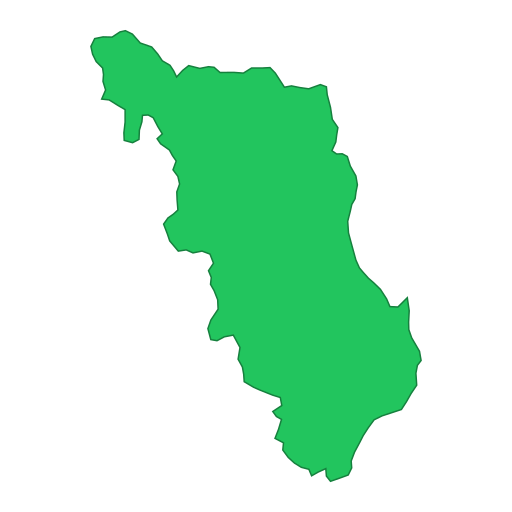 outline of Campina do Monte Alegre, São Paulo, Brazil
{"feature_id": "56859067B72444966760519", "entity_name": "Campina do Monte Alegre", "entity_type": "district", "adm_level": 2, "iso_a3": "BRA", "parent_name": "Brazil", "parent_adm1": "São Paulo", "projection": "robinson", "projection_center": [-48.452, -23.612], "detail": "fine", "context": "isolated", "style": "filled", "palette": "green", "viewbox_px": 512, "rotation_deg": 0, "n_neighbors": 0, "source": "geoboundaries", "source_scale": "gbopen_adm2", "svg_char_len": 2114}
<svg xmlns="http://www.w3.org/2000/svg" viewBox="0 0 512 512"><path d="M101.7,99.1L109.1,99.9L117.9,105.4L125.1,109.6L125.1,122.2L123.9,132.8L124.2,140.4L132.6,142.7L139.0,139.4L139.4,130.1L141.9,121.8L142.5,115.3L148.2,115.0L153.2,117.7L157.9,126.7L162.3,133.9L157.1,138.7L160.6,143.8L169.4,150.0L172.4,155.5L176.2,161.0L173.0,169.8L177.9,176.4L179.6,184.0L176.8,191.9L177.1,200.0L177.9,210.0L173.3,214.2L168.0,217.9L163.6,224.1L167.4,234.0L169.7,240.9L178.3,251.1L186.2,249.9L193.0,252.9L202.0,251.1L210.0,254.1L213.5,263.2L208.5,270.7L211.3,277.5L210.5,284.3L214.1,290.6L217.7,299.8L218.1,309.2L210.9,320.0L207.9,328.6L210.8,339.6L217.0,340.7L224.4,336.8L233.3,335.1L236.8,341.6L240.0,347.5L238.1,359.2L242.4,367.0L243.7,374.3L244.2,381.7L253.7,387.3L260.5,390.3L272.6,395.1L280.3,397.5L281.8,405.5L272.8,411.5L276.4,416.5L281.5,419.4L278.5,429.4L275.0,438.4L283.5,442.8L282.8,450.0L288.3,457.5L294.5,463.1L301.3,467.3L308.9,469.3L311.6,475.8L318.1,472.1L325.8,468.6L326.4,476.1L330.5,481.3L340.5,477.8L348.2,475.0L351.7,467.9L351.2,461.0L354.5,452.2L360.0,441.9L363.2,435.6L368.3,427.7L374.1,419.8L382.2,415.8L392.0,412.6L401.4,409.5L406.5,401.6L411.1,393.5L416.7,385.2L415.9,373.2L417.4,365.3L421.1,360.5L419.5,351.3L411.7,337.9L408.8,329.6L408.6,322.1L409.2,310.8L407.3,297.7L397.9,307.0L389.9,306.6L386.6,298.9L380.4,289.3L373.9,283.0L368.4,278.2L363.2,272.4L359.4,267.9L355.9,260.1L351.1,242.6L348.5,232.9L347.7,221.3L350.3,211.1L351.8,204.4L355.1,198.7L356.0,191.9L357.4,184.9L355.9,176.0L350.3,166.1L347.3,156.5L342.3,153.8L336.6,154.0L331.9,150.7L335.8,142.0L336.7,134.8L337.9,127.6L332.3,119.4L330.5,107.4L327.2,94.7L326.4,86.8L320.4,84.6L308.7,88.8L300.0,87.6L291.5,85.9L284.4,87.2L275.3,73.1L270.0,67.6L262.6,68.0L251.6,68.0L243.4,73.1L233.9,72.4L220.0,72.5L214.1,67.3L208.5,66.7L199.8,68.4L188.7,65.6L182.7,70.4L176.6,77.0L173.6,70.8L170.0,65.3L162.3,60.8L157.7,54.0L151.7,47.0L140.2,43.0L132.4,34.1L125.4,30.7L120.0,31.9L112.1,37.1L103.0,36.9L94.7,38.6L90.9,46.4L92.6,54.2L96.2,61.6L102.6,68.0L103.5,74.5L103.0,81.4L105.6,90.0L101.7,99.1Z" fill="#22c55e" stroke="#15803d" stroke-width="1.5"/></svg>